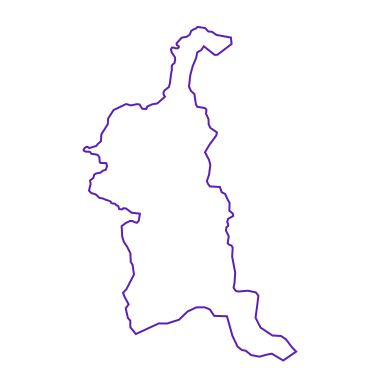 outline of Bria, Haute-Kotto, Central African Republic, rotated 182°
{"feature_id": "33826404B18938631147464", "entity_name": "Bria", "entity_type": "district", "adm_level": 2, "iso_a3": "CAF", "parent_name": "Central African Republic", "parent_adm1": "Haute-Kotto", "projection": "mercator", "projection_center": [22.039, 6.617], "detail": "fine", "context": "isolated", "style": "outline", "palette": "violet", "viewbox_px": 384, "rotation_deg": 182, "n_neighbors": 0, "source": "geoboundaries", "source_scale": "gbopen_adm2", "svg_char_len": 2615}
<svg xmlns="http://www.w3.org/2000/svg" viewBox="0 0 384 384"><g transform="rotate(182 192 192)"><path d="M261.1,155.5L260.2,144.9L258.4,139.9L254.7,134.7L251.4,128.5L250.8,120.0L248.9,117.3L247.1,107.5L254.2,92.5L257.4,88.8L255.9,85.2L251.4,77.5L254.2,73.5L251.7,63.9L249.2,61.3L248.9,54.7L243.2,48.1L220.6,59.5L212.3,59.7L200.5,63.9L192.3,72.4L183.5,76.9L175.2,77.2L170.1,75.3L165.5,69.0L152.7,69.0L146.6,49.7L141.1,39.1L136.6,35.8L132.6,35.2L127.3,31.1L118.8,29.8L110.7,32.3L106.6,33.2L95.0,26.8L82.3,36.1L86.6,40.2L93.0,48.1L98.0,51.2L106.6,51.4L118.7,58.8L124.1,68.6L122.9,80.8L122.0,90.6L124.7,93.9L132.7,95.3L137.0,94.8L142.3,94.1L144.9,94.8L147.1,97.8L146.3,102.8L146.0,113.0L146.9,116.8L149.6,128.8L149.4,137.7L150.5,139.7L153.3,140.8L154.5,141.9L154.5,143.3L153.7,148.9L156.7,154.7L156.4,157.9L154.8,159.2L154.7,161.0L155.8,163.4L155.0,166.4L150.0,169.5L150.3,171.4L151.4,172.7L154.0,174.4L154.1,182.5L156.0,185.5L158.8,191.2L162.4,192.9L164.3,198.0L174.3,198.2L176.4,200.9L177.5,203.5L175.6,209.7L174.6,219.6L176.1,224.7L180.4,232.1L176.3,239.7L169.7,249.3L169.2,252.5L175.8,256.6L177.7,260.1L178.0,265.3L180.7,270.7L180.5,275.0L182.2,276.4L189.6,277.3L191.1,279.7L193.1,290.1L196.5,292.9L198.7,297.1L198.6,298.3L197.8,308.6L195.7,317.8L192.6,325.9L191.6,331.7L187.7,334.2L185.2,338.0L174.1,329.8L171.3,330.1L157.6,341.3L158.5,347.7L173.0,349.8L177.6,352.8L181.3,353.0L184.6,356.3L192.2,357.2L193.5,355.7L196.2,354.5L198.4,352.9L199.9,349.0L202.7,347.0L207.8,345.8L212.6,340.1L212.3,338.3L210.6,337.5L210.2,336.2L211.3,335.1L213.2,335.0L215.2,335.6L217.1,335.6L218.0,333.8L217.2,330.8L213.8,326.1L213.4,323.3L214.1,320.1L216.0,318.6L216.6,317.0L216.4,312.9L217.0,309.6L217.9,299.6L218.8,296.1L223.1,292.5L224.0,290.3L223.7,288.3L222.3,286.3L229.8,279.3L234.9,278.2L239.7,275.9L240.5,273.4L244.7,273.5L247.4,277.6L249.9,277.9L256.1,276.4L260.9,277.6L273.2,271.2L278.4,262.5L278.5,256.9L284.6,246.5L284.8,239.5L287.9,236.6L289.1,234.8L296.1,232.3L297.7,233.3L299.2,233.4L300.9,232.1L301.7,230.7L301.7,229.7L299.7,228.6L296.8,228.7L295.3,228.4L293.8,226.6L290.3,226.3L287.6,225.8L285.8,223.5L285.2,218.5L284.5,217.9L278.6,217.8L277.8,214.7L279.0,211.2L282.0,210.1L284.0,208.2L288.5,207.2L290.3,205.9L291.1,202.6L294.3,200.0L293.6,196.4L295.0,189.8L292.7,187.5L287.9,186.1L284.4,182.9L280.8,182.4L277.9,181.2L274.8,180.4L273.0,179.6L272.2,178.1L270.3,177.7L268.5,177.6L267.4,176.3L265.3,175.4L264.0,172.3L261.1,172.2L259.9,173.4L257.3,173.2L251.6,169.2L243.3,168.5L244.2,161.4L246.0,159.3L248.1,159.8L250.5,160.9L252.9,160.9L256.9,158.8L261.1,155.5Z" fill="none" stroke="#5b21b6" stroke-width="2"/></g></svg>